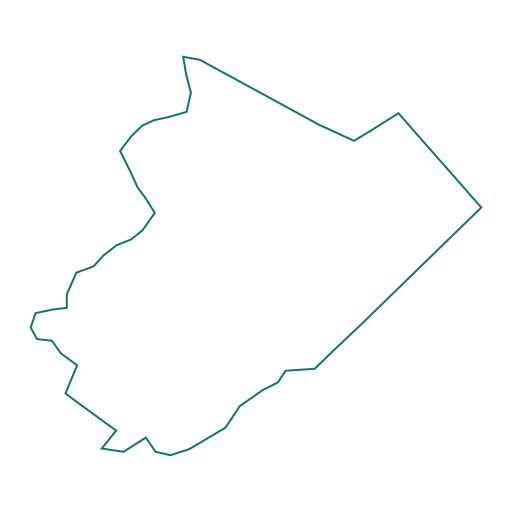 Machados, Pernambuco, Brazil (orthographic projection)
{"feature_id": "56859067B21118824924593", "entity_name": "Machados", "entity_type": "district", "adm_level": 2, "iso_a3": "BRA", "parent_name": "Brazil", "parent_adm1": "Pernambuco", "projection": "orthographic", "projection_center": [-35.513, -7.704], "detail": "fine", "context": "isolated", "style": "outline", "palette": "teal", "viewbox_px": 512, "rotation_deg": 0, "n_neighbors": 0, "source": "geoboundaries", "source_scale": "gbopen_adm2", "svg_char_len": 758}
<svg xmlns="http://www.w3.org/2000/svg" viewBox="0 0 512 512"><path d="M481.3,207.5L414.2,131.2L398.5,113.2L371.2,130.4L354.0,140.8L319.5,125.0L199.6,59.7L183.2,56.8L186.1,74.2L190.9,92.6L186.6,111.9L167.8,117.2L154.0,120.2L142.4,125.5L131.5,136.0L120.1,151.0L130.4,171.6L137.6,187.4L145.3,197.8L154.8,212.8L142.6,230.2L131.0,239.5L116.6,245.2L103.6,255.3L93.6,266.3L76.3,272.7L66.8,294.4L66.8,307.8L51.9,309.7L35.5,313.1L30.7,327.6L37.1,339.1L51.9,340.7L61.0,353.5L77.1,365.3L65.5,393.4L77.1,402.2L116.1,430.6L101.8,448.5L123.5,451.8L145.8,437.6L155.6,451.8L170.5,455.2L189.3,449.1L225.4,427.7L239.9,406.0L263.0,389.9L277.9,382.4L285.6,370.7L314.7,368.8L330.4,353.5L365.1,320.6L450.2,237.7L481.3,207.5Z" fill="none" stroke="#0f766e" stroke-width="2"/></svg>